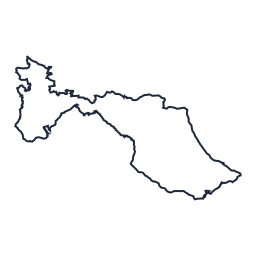 outline of Vanatori, Mures, Romania
{"feature_id": "2599482B98796527155526", "entity_name": "Vanatori", "entity_type": "district", "adm_level": 2, "iso_a3": "ROU", "parent_name": "Romania", "parent_adm1": "Mures", "projection": "natural_earth1", "projection_center": [25.005, 46.213], "detail": "fine", "context": "isolated", "style": "outline", "palette": "slate", "viewbox_px": 256, "rotation_deg": 0, "n_neighbors": 0, "source": "geoboundaries", "source_scale": "gbopen_adm2", "svg_char_len": 5682}
<svg xmlns="http://www.w3.org/2000/svg" viewBox="0 0 256 256"><path d="M240.6,175.4L240.4,173.6L239.5,173.0L235.0,171.2L234.3,170.6L232.2,170.6L231.0,170.2L226.8,166.4L223.9,164.8L223.5,162.9L222.9,163.0L222.6,163.4L222.2,162.8L221.2,162.6L221.0,162.1L218.6,161.1L214.4,160.5L212.8,159.6L210.4,157.5L209.7,155.7L208.7,154.5L207.9,154.3L206.8,153.4L200.2,144.3L196.4,137.9L195.1,136.1L193.9,132.9L192.4,130.9L191.8,128.0L191.6,125.9L190.8,124.5L189.0,122.4L188.6,120.5L188.7,118.5L187.0,114.4L186.9,112.9L187.3,109.8L185.4,108.6L185.0,108.1L183.9,107.7L177.3,108.8L173.8,107.5L170.1,106.9L168.3,107.2L166.9,108.6L163.2,107.9L163.0,107.6L163.7,107.3L163.8,106.1L163.4,104.9L163.7,103.6L163.2,102.7L163.2,102.1L164.0,101.6L165.0,99.5L164.2,98.3L163.5,98.4L161.2,97.5L160.5,96.6L158.5,95.4L152.5,95.8L149.5,94.5L148.4,94.4L147.4,94.9L144.7,95.0L142.8,95.8L142.1,96.5L140.1,97.2L137.5,99.5L135.5,100.1L133.0,100.2L132.5,99.9L131.8,98.6L131.4,98.3L129.3,97.8L126.8,98.1L126.4,96.9L125.0,96.9L124.6,96.1L124.3,96.6L123.5,96.7L123.5,97.1L122.9,96.3L120.1,94.5L118.6,94.0L115.4,93.9L114.0,92.5L112.5,91.6L111.8,91.5L111.4,92.1L109.6,92.7L107.0,91.9L105.0,95.2L102.7,97.0L101.1,97.1L97.0,95.6L94.8,95.7L95.6,97.7L95.7,99.4L95.4,100.0L94.4,100.6L94.6,101.6L94.3,102.3L91.9,103.2L89.9,101.5L89.0,100.2L86.6,98.5L85.1,99.1L83.8,97.6L78.4,97.4L78.6,95.7L71.0,96.2L71.2,95.4L71.5,95.6L72.2,94.8L70.3,93.4L70.8,92.9L72.5,92.7L73.0,92.0L73.1,90.9L70.2,90.9L66.4,90.0L65.6,90.8L66.8,91.9L67.3,93.4L67.0,93.8L65.7,94.1L64.9,93.8L64.7,93.2L64.3,93.0L62.2,93.1L59.4,92.7L58.7,94.0L59.1,94.5L58.2,95.3L57.8,94.7L56.8,94.4L56.7,92.9L56.3,91.8L55.3,92.1L53.6,91.2L52.6,92.1L50.5,92.5L49.3,90.2L49.3,89.7L50.1,89.1L49.3,86.6L54.7,85.7L54.5,84.7L54.1,84.7L54.4,81.3L50.5,80.0L49.1,79.2L48.2,78.0L46.5,77.9L47.5,76.0L48.5,75.1L51.6,74.2L51.3,73.2L49.7,72.7L49.1,73.8L47.1,73.3L48.7,69.5L50.1,67.9L50.9,67.6L51.1,67.0L48.9,66.8L47.5,68.8L45.6,67.9L44.2,66.2L44.1,66.4L42.4,65.2L38.4,64.1L36.3,62.2L32.8,61.0L31.1,59.9L27.4,56.7L27.1,57.0L27.5,57.9L27.6,58.9L26.8,59.9L27.9,63.8L29.2,63.6L29.7,64.4L29.3,65.3L29.1,67.1L26.6,68.4L25.3,68.1L23.2,68.5L17.7,67.7L16.6,68.3L16.1,69.0L16.8,70.9L16.1,72.2L18.2,73.6L18.4,74.3L19.9,76.0L20.1,77.2L19.5,78.6L21.4,80.0L22.1,79.8L24.7,80.0L26.9,79.0L28.1,84.1L30.2,83.6L30.5,85.5L29.0,86.6L28.4,87.6L28.7,88.8L30.0,88.3L30.0,89.2L28.6,90.5L27.9,90.5L27.1,90.0L25.8,91.1L24.9,90.6L25.6,89.4L25.4,88.8L24.9,88.0L23.1,86.9L22.3,85.4L20.2,85.8L19.1,87.6L17.8,87.8L17.1,88.2L17.7,89.3L18.1,91.5L20.6,94.7L20.5,95.4L20.9,95.1L22.3,95.4L22.3,96.6L21.7,97.3L22.5,97.7L22.1,98.1L22.2,98.5L21.9,100.1L22.2,100.8L22.7,100.7L23.0,101.2L22.5,102.3L22.8,103.1L22.2,104.1L22.5,104.2L21.7,105.4L21.8,106.2L22.4,106.5L22.0,107.0L22.3,107.1L22.3,107.7L20.8,108.6L19.8,109.8L20.4,111.1L20.2,111.5L20.5,115.1L20.0,116.4L20.4,117.1L19.9,117.8L19.8,118.7L18.8,120.0L17.9,122.1L17.1,122.6L16.8,123.3L16.1,123.7L15.6,124.8L15.6,125.9L15.4,126.2L16.2,126.7L16.7,127.6L17.6,127.9L18.4,129.6L21.3,132.1L21.7,133.2L22.6,134.3L23.4,138.8L24.6,139.2L25.6,140.2L27.1,141.2L29.1,141.5L29.9,141.0L32.1,141.7L34.4,139.9L35.9,137.8L38.0,137.3L39.5,137.4L43.8,138.7L46.2,138.0L47.1,136.8L47.0,136.2L47.6,136.2L47.7,135.2L47.3,134.1L47.7,133.8L47.4,133.5L48.2,133.4L47.6,133.1L47.1,132.2L46.5,131.7L46.6,131.4L46.0,131.2L45.9,130.4L45.3,130.1L45.4,129.8L44.7,129.5L44.7,128.7L44.2,128.5L44.1,127.3L43.7,127.3L43.8,127.0L46.6,126.4L47.9,125.8L48.2,127.4L49.2,129.9L50.0,130.6L49.7,128.5L51.4,126.4L52.6,126.1L55.2,124.8L55.7,123.5L55.5,123.0L55.8,120.8L56.9,120.0L58.1,118.6L59.5,117.6L60.4,115.8L61.2,115.2L61.2,113.5L64.4,112.6L64.3,112.3L65.3,111.6L70.4,109.4L74.4,105.6L76.9,104.4L77.6,104.9L76.2,105.5L75.2,105.5L75.0,106.1L76.8,107.2L77.9,107.3L78.6,108.5L79.1,108.7L79.5,110.8L81.8,112.8L82.9,113.4L83.5,114.2L83.6,115.0L83.9,115.4L84.7,115.2L84.7,114.4L85.2,113.7L87.2,113.2L87.9,112.8L88.5,112.9L88.2,114.1L88.7,115.0L90.3,113.8L92.7,113.5L93.1,113.0L94.4,113.2L95.6,112.4L94.5,111.3L95.9,110.8L96.1,111.5L96.8,111.4L97.5,112.0L98.0,113.3L98.8,113.4L100.2,114.5L100.1,115.2L102.0,117.1L102.3,118.0L103.3,119.1L103.5,120.0L106.8,121.9L106.8,122.8L107.3,123.3L110.1,124.2L110.7,124.7L111.0,125.5L113.9,127.0L113.7,127.5L114.0,127.9L115.5,128.7L115.6,130.0L116.9,130.7L117.8,131.9L119.5,133.2L120.3,134.2L120.4,134.7L121.4,135.3L123.3,135.4L124.0,136.5L124.2,135.7L124.6,135.7L124.3,136.0L124.4,136.3L125.7,136.6L127.1,135.9L127.3,136.3L128.5,136.6L128.5,137.0L129.5,137.1L130.6,137.9L131.5,138.8L131.1,139.4L131.4,139.6L132.0,139.3L132.7,140.6L133.7,140.6L134.1,143.0L133.8,144.5L134.6,147.1L134.1,148.8L134.9,151.2L134.9,151.9L134.3,153.8L133.2,156.4L132.8,160.3L132.2,160.9L130.7,163.6L131.6,164.9L136.7,169.8L138.3,172.0L141.8,172.4L143.2,172.9L145.1,175.5L147.0,176.3L148.2,177.5L150.1,178.5L151.2,180.2L152.8,181.3L154.7,181.5L158.2,183.0L158.7,183.5L159.3,185.7L161.2,187.5L164.8,188.4L165.7,189.2L166.0,190.0L167.2,191.2L168.0,191.7L170.1,192.5L171.5,192.3L174.1,191.1L178.4,191.0L179.4,191.2L183.6,191.0L185.9,192.7L188.0,193.8L188.8,194.7L193.0,196.0L193.5,196.5L193.8,197.9L194.9,199.3L197.6,198.7L200.0,198.7L201.1,198.4L203.0,198.7L203.6,197.0L204.6,197.2L205.1,196.8L205.2,196.3L204.9,196.0L204.2,195.7L204.5,194.9L206.2,194.4L206.8,193.1L206.9,192.8L206.3,192.6L205.6,191.8L205.5,190.9L207.2,190.7L209.5,191.1L209.0,192.3L208.3,193.0L210.8,193.8L211.7,192.4L214.8,189.7L219.3,187.2L219.5,186.9L219.3,186.6L220.0,185.7L220.0,185.4L220.6,184.3L220.9,184.3L220.9,183.9L221.4,183.7L221.3,183.2L221.6,183.1L221.8,182.4L223.6,183.1L226.6,182.6L228.7,181.4L230.2,181.1L231.8,181.5L232.4,182.2L236.6,179.3L237.5,177.0L239.6,175.6L240.6,175.4Z" fill="none" stroke="#1e293b" stroke-width="2"/></svg>